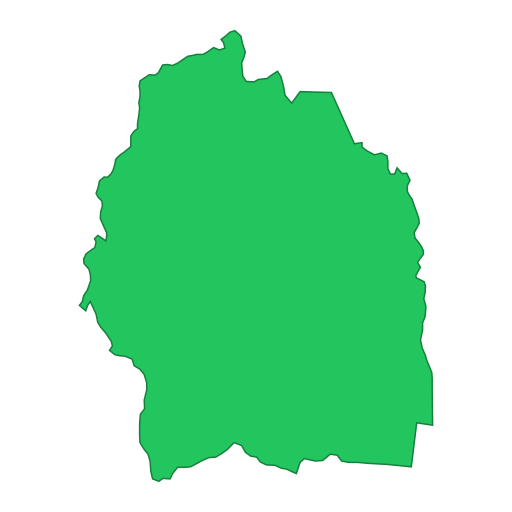 outline of Temerloh, Pahang, Malaysia
{"feature_id": "92858781B90183149437098", "entity_name": "Temerloh", "entity_type": "district", "adm_level": 2, "iso_a3": "MYS", "parent_name": "Malaysia", "parent_adm1": "Pahang", "projection": "natural_earth1", "projection_center": [102.238, 3.618], "detail": "fine", "context": "isolated", "style": "filled", "palette": "green", "viewbox_px": 512, "rotation_deg": 0, "n_neighbors": 0, "source": "geoboundaries", "source_scale": "gbopen_adm2", "svg_char_len": 2655}
<svg xmlns="http://www.w3.org/2000/svg" viewBox="0 0 512 512"><path d="M149.3,74.7L140.0,80.9L139.2,86.2L140.0,90.6L140.0,96.9L138.8,102.7L139.6,107.5L139.2,112.3L137.5,123.9L137.5,128.7L134.2,131.1L130.8,136.0L130.8,143.7L130.8,146.6L124.4,151.9L120.4,154.7L117.7,157.1L115.6,159.6L115.1,163.0L114.0,167.3L112.7,171.0L110.8,174.1L107.6,177.2L104.1,177.0L99.5,180.9L98.2,187.2L96.1,193.4L98.2,197.3L102.0,201.2L102.4,206.0L100.7,211.8L100.3,218.5L102.8,224.3L106.6,232.5L106.6,236.9L105.8,240.8L97.8,235.4L94.5,238.8L96.1,241.7L94.9,247.5L90.7,250.4L86.1,253.8L83.6,259.1L84.0,263.5L89.0,269.2L90.3,274.6L90.7,280.4L87.4,290.0L83.6,295.8L82.3,301.6L79.4,305.4L85.7,310.8L87.8,305.0L90.3,301.6L92.4,306.0L96.1,314.2L97.8,322.4L100.7,327.2L105.7,333.0L111.2,341.2L112.4,346.0L109.5,350.4L114.9,354.7L119.5,355.7L125.0,356.2L132.1,359.1L134.2,365.8L140.0,369.2L144.2,374.5L146.7,382.7L146.7,390.0L144.2,400.1L144.6,408.8L140.4,414.1L139.6,423.8L139.6,434.9L140.0,442.6L143.8,448.9L148.0,454.2L150.0,461.0L150.9,471.6L152.6,478.9L158.8,481.3L163.0,478.4L170.1,478.9L172.6,473.6L177.6,467.3L184.7,467.3L190.6,466.8L196.0,463.9L202.3,460.5L209.0,457.6L215.7,457.1L221.5,453.7L227.4,449.4L234.1,442.6L241.6,445.5L245.4,452.3L250.8,456.2L256.6,457.1L260.4,462.0L266.3,464.9L275.0,465.3L281.3,468.2L286.7,469.2L296.3,473.6L300.1,462.4L304.3,458.6L315.2,461.0L322.7,460.5L330.2,454.2L337.3,455.2L341.5,461.0L348.6,462.4L357.8,462.4L369.1,463.4L387.1,464.4L411.3,466.8L416.7,422.8L432.6,425.2L432.2,388.1L432.2,383.2L432.2,378.4L431.8,372.6L429.7,367.3L427.2,361.5L425.1,354.7L422.2,348.0L420.5,339.8L422.6,330.1L422.6,322.9L425.1,316.6L425.5,312.2L425.9,306.4L423.8,298.7L425.1,292.4L425.5,286.2L424.2,281.8L420.5,279.9L416.3,277.9L415.9,275.5L418.4,270.7L420.5,267.3L417.6,262.5L420.1,258.6L423.4,254.3L423.4,250.9L421.7,247.0L418.8,242.7L415.0,237.9L414.2,232.5L416.7,228.2L419.2,223.4L418.8,218.5L416.7,212.3L414.2,205.5L412.1,199.2L410.0,196.3L407.5,192.0L407.1,186.2L410.0,180.4L406.7,173.2L402.1,173.6L397.1,167.8L394.6,174.1L390.4,174.1L387.9,168.8L387.9,161.6L387.0,155.8L381.0,153.0L380.3,153.4L374.5,154.8L367.0,150.9L362.0,147.1L362.0,142.7L354.4,143.7L331.4,92.5L312.6,92.0L300.1,91.6L291.7,103.1L285.1,95.4L283.4,85.8L280.9,76.6L277.5,71.3L270.8,75.6L267.1,78.5L258.3,79.5L254.1,81.9L246.2,81.4L242.8,76.1L241.6,63.1L244.1,56.8L245.3,52.0L242.8,44.7L240.8,36.0L234.9,30.7L229.9,32.2L225.7,36.0L221.1,39.4L223.6,42.8L224.9,48.1L219.4,50.0L213.6,47.6L207.3,52.0L203.1,54.4L196.5,54.4L193.1,55.3L187.7,56.3L182.7,59.7L177.6,63.1L172.6,65.5L167.2,64.5L162.6,65.0L158.4,72.7L155.1,75.1L149.3,74.7Z" fill="#22c55e" stroke="#15803d" stroke-width="1.5"/></svg>